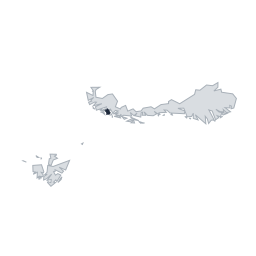 Loppa nor, Finnmark, Norway shown in context, rotated 229°
{"feature_id": "86288312B40106717450016", "entity_name": "Loppa nor", "entity_type": "district", "adm_level": 2, "iso_a3": "NOR", "parent_name": "Norway", "parent_adm1": "Finnmark", "projection": "orthographic", "projection_center": [21.938, 70.216], "detail": "fine", "context": "in_parent", "style": "filled", "palette": "slate", "viewbox_px": 256, "rotation_deg": 229, "n_neighbors": 0, "source": "geoboundaries", "source_scale": "gbopen_adm2", "svg_char_len": 5812}
<svg xmlns="http://www.w3.org/2000/svg" viewBox="0 0 256 256"><g transform="rotate(229 128 128)"><path d="M152.3,132.4L147.3,134.7L148.0,136.4L146.6,141.0L140.9,138.9L139.1,144.4L135.1,144.7L132.3,149.0L133.0,152.5L128.9,159.3L125.1,160.5L124.0,168.3L119.8,174.6L121.4,175.9L120.9,179.4L112.4,182.9L109.7,200.3L112.4,204.2L109.3,207.1L108.9,215.5L104.4,219.6L103.3,225.7L99.8,222.6L99.6,217.1L96.4,223.6L93.6,222.1L85.1,229.4L79.2,229.2L73.7,221.0L74.8,218.5L76.7,220.4L78.3,219.6L76.2,218.1L79.7,214.6L73.0,216.0L74.8,212.5L79.4,212.0L77.3,211.0L80.0,208.2L84.4,206.6L80.3,207.2L74.0,212.3L75.4,208.3L77.7,208.6L75.9,205.0L78.8,203.4L76.3,203.3L76.8,199.5L85.6,202.7L88.6,200.9L77.6,198.3L79.3,195.9L78.5,191.8L82.9,193.9L86.2,194.0L80.1,189.5L93.8,187.5L88.1,186.2L92.4,183.6L96.3,187.0L95.0,183.6L97.6,180.0L106.4,183.1L110.1,178.6L103.5,182.1L101.8,179.9L111.7,169.6L115.9,169.1L117.9,167.1L114.7,167.2L119.2,161.4L118.4,159.9L123.4,158.7L119.9,158.8L120.7,155.1L124.7,151.0L129.5,150.8L126.0,149.7L128.3,147.1L130.3,149.5L130.8,147.9L127.9,144.8L132.6,141.3L133.4,144.7L133.4,140.6L138.2,139.9L134.6,138.6L140.5,133.1L141.2,130.2L143.1,131.8L142.4,130.1L146.1,127.3L145.8,130.9L148.2,126.0L147.3,131.7L149.5,130.1L149.2,126.3L153.6,127.1L151.6,123.3L155.8,122.0L158.1,125.6L162.2,115.8L165.4,117.4L163.5,124.3L167.6,116.3L168.2,121.1L169.4,120.0L170.8,114.4L173.4,115.2L172.1,118.2L173.3,118.2L173.5,122.2L174.9,116.1L182.1,120.1L175.5,122.9L178.9,126.3L183.0,126.7L177.3,133.4L178.0,129.1L177.1,127.3L172.2,124.0L167.1,128.0L166.4,134.7L163.9,138.6L155.1,137.7L152.3,132.4ZM144.1,30.2L146.6,32.7L146.0,36.6L147.4,34.6L147.7,37.8L152.4,42.9L148.1,46.2L141.9,62.7L137.2,53.4L143.5,50.4L137.7,51.0L137.3,48.5L144.4,45.6L143.1,44.6L143.9,43.2L140.0,42.3L139.6,45.1L136.5,46.4L134.3,39.2L136.2,39.5L136.0,36.3L134.4,37.5L134.6,31.6L139.7,31.5L140.0,32.4L137.4,33.9L139.5,36.3L141.5,32.6L143.3,40.2L143.1,33.3L144.1,30.2ZM150.0,26.6L154.0,30.6L155.1,26.6L155.6,27.1L155.4,29.3L157.4,27.7L162.2,31.6L157.0,38.6L150.3,35.8L149.6,34.8L151.5,33.4L148.0,33.2L147.3,31.6L148.4,30.6L146.9,29.5L149.2,29.9L149.1,27.9L149.9,28.9L150.0,26.6ZM152.8,44.2L156.4,48.4L155.8,49.9L159.4,52.0L155.3,56.6L154.5,56.3L155.0,54.0L151.4,54.9L152.9,50.6L150.2,45.3L152.8,44.2ZM132.1,138.1L134.9,136.9L126.5,141.0L130.9,137.5L131.6,133.5L134.0,131.5L132.1,138.1ZM137.0,130.9L140.6,130.9L136.1,133.6L137.0,130.9ZM140.6,128.9L145.9,125.2L143.0,129.3L140.6,128.9ZM132.8,39.4L134.3,44.1L134.5,46.1L133.0,43.7L132.8,39.4ZM130.0,133.7L130.3,137.4L127.5,136.2L130.0,133.7ZM158.1,117.7L156.3,120.4L153.6,119.3L156.7,118.8L158.1,117.7ZM158.5,119.6L157.7,122.7L156.6,121.9L158.5,119.6ZM123.1,140.8L126.0,140.4L122.6,142.4L123.1,140.8ZM172.1,27.4L168.9,28.9L172.2,27.2L172.1,27.4ZM165.4,40.1L167.6,40.4L164.4,41.3L165.4,40.1ZM163.9,115.4L165.8,114.7L166.4,115.2L163.9,115.4ZM159.8,118.8L159.4,120.4L158.9,119.1L159.8,118.8ZM149.3,123.3L149.3,125.0L148.5,124.3L149.3,123.3ZM146.5,82.5L146.2,84.1L145.5,82.8L146.5,82.5ZM162.9,42.9L161.8,42.8L161.7,42.2L162.9,42.9ZM109.9,169.2L110.3,170.6L108.6,170.0L109.9,169.2ZM146.0,122.9L146.9,123.5L147.5,124.5L146.0,122.9ZM147.7,27.6L148.0,28.6L147.4,28.2L147.7,27.6ZM98.6,179.2L96.6,178.9L98.9,178.6L98.6,179.2ZM95.3,180.7L94.2,181.6L94.0,181.0L95.3,180.7ZM122.1,142.7L120.9,143.8L122.3,141.8L122.1,142.7ZM75.4,205.4L74.7,207.1L75.1,204.8L75.4,205.4ZM117.6,160.0L117.3,158.9L117.9,159.1L117.6,160.0ZM179.1,124.8L179.1,126.1L179.0,125.9L179.1,124.8ZM118.0,161.1L116.8,161.2L118.2,160.9L118.0,161.1ZM114.4,163.0L114.3,164.1L113.8,163.6L114.4,163.0ZM76.8,197.9L76.0,198.8L76.3,198.0L76.8,197.9Z" fill="#d9dde1" stroke="#a8b0b8" stroke-width="1"/><path d="M155.0,123.1L154.9,123.1L154.8,123.3L154.7,123.3L154.7,123.5L154.7,123.8L154.6,124.0L154.9,124.1L155.1,124.1L155.3,124.3L155.4,124.5L155.3,124.4L155.2,124.3L155.0,124.2L154.8,124.2L154.8,124.3L154.7,124.3L154.4,124.3L154.4,124.2L154.5,124.1L154.4,124.1L154.4,123.9L154.5,123.9L154.5,123.7L154.5,123.4L154.4,123.5L154.5,123.3L154.5,123.2L154.6,122.9L154.4,122.8L154.2,122.8L154.1,123.0L154.0,122.9L154.0,123.0L154.0,122.9L154.0,123.0L154.0,123.3L153.9,123.4L153.9,123.2L153.9,122.9L154.0,122.9L153.9,122.8L154.0,122.8L153.9,122.7L154.0,122.7L153.9,122.6L153.7,122.7L153.6,122.8L153.7,122.7L153.6,122.4L153.4,122.5L153.1,122.9L153.0,123.0L152.9,123.2L152.9,123.3L153.0,123.3L152.9,123.3L153.0,123.3L153.1,123.5L153.1,123.8L153.2,124.0L153.1,123.9L153.0,123.7L152.9,123.6L152.7,123.5L152.8,123.5L152.7,123.5L152.8,123.4L152.7,123.3L152.7,123.2L152.4,123.0L152.4,122.9L152.2,122.7L152.3,122.5L152.2,122.5L152.0,122.8L152.0,123.0L152.0,123.3L152.0,123.5L151.9,123.6L152.0,123.6L151.9,123.5L151.8,123.4L151.8,123.2L151.8,122.9L151.6,123.0L151.4,123.1L151.2,123.2L151.2,123.3L151.2,123.2L151.2,123.3L151.3,123.5L151.5,123.6L151.8,123.7L151.8,123.8L151.9,123.7L152.0,123.7L152.0,123.8L152.2,123.7L152.3,123.7L152.5,123.7L152.4,123.8L152.5,124.0L152.8,124.2L152.7,124.3L152.8,124.4L153.0,124.4L153.1,124.5L153.3,124.5L153.2,124.3L153.4,124.2L153.5,124.1L153.8,124.0L153.9,123.9L154.0,123.9L154.1,124.2L154.1,124.3L154.2,124.9L154.3,124.9L154.3,125.0L154.5,124.9L154.6,124.7L154.8,124.7L155.0,124.6L155.4,124.6L155.6,124.6L155.5,124.4L155.4,124.0L155.4,123.9L155.2,123.8L155.0,123.6L155.1,123.4L154.9,123.3L155.0,123.2L155.0,123.1ZM152.7,123.1L152.8,123.0L152.9,122.9L152.9,122.7L153.0,122.6L153.1,122.3L153.0,122.2L152.9,122.0L152.7,121.8L152.7,122.0L152.7,122.3L152.6,122.5L152.6,122.8L152.7,123.0L152.7,123.1ZM155.3,122.8L155.2,122.7L154.9,122.5L155.0,122.4L154.9,122.4L154.7,122.3L154.8,122.4L154.8,122.5L155.0,122.6L154.9,122.7L155.1,122.8L155.3,122.8ZM151.9,122.1L151.9,121.9L151.8,122.0L151.7,122.1L151.8,122.2L151.8,122.3L151.7,122.4L151.8,122.4L151.8,122.5L151.8,122.4L151.9,122.2L151.9,122.1Z" fill="#64748b" stroke="#1e293b" stroke-width="1.5"/></g></svg>